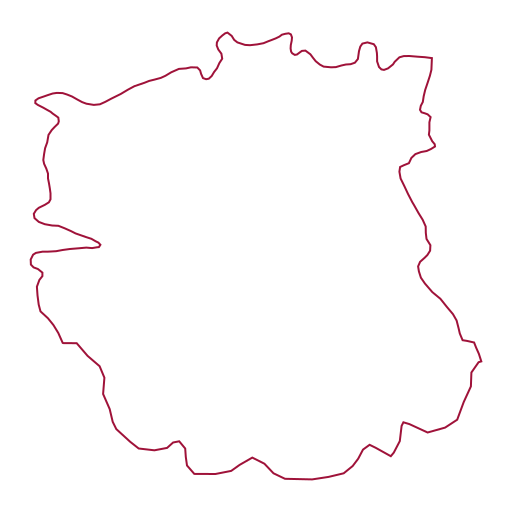 Kastsyukovichy, Mogilev, Belarus
{"feature_id": "67162791B14569635979911", "entity_name": "Kastsyukovichy", "entity_type": "district", "adm_level": 2, "iso_a3": "BLR", "parent_name": "Belarus", "parent_adm1": "Mogilev", "projection": "albers", "projection_center": [31.992, 53.27], "detail": "fine", "context": "isolated", "style": "outline", "palette": "rose", "viewbox_px": 512, "rotation_deg": 0, "n_neighbors": 0, "source": "geoboundaries", "source_scale": "gbopen_adm2", "svg_char_len": 3341}
<svg xmlns="http://www.w3.org/2000/svg" viewBox="0 0 512 512"><path d="M431.9,58.1L424.9,57.2L417.7,56.7L409.2,56.0L403.7,56.1L399.4,57.3L394.7,61.8L393.0,64.4L388.0,68.4L384.0,69.9L381.4,69.4L379.0,67.0L377.1,61.4L377.1,56.6L376.9,53.0L375.9,47.2L373.8,44.2L367.4,42.4L362.4,43.6L360.3,46.6L359.0,51.1L357.9,59.0L354.9,62.7L350.6,64.2L345.9,64.5L341.4,65.5L335.9,67.1L331.1,67.3L323.6,66.6L319.9,64.6L315.7,61.2L313.0,57.8L310.4,54.3L305.4,50.6L301.9,50.9L299.8,52.4L297.0,54.5L294.8,54.9L292.2,53.3L291.1,51.6L290.6,48.5L290.8,45.1L291.7,40.7L292.0,37.4L290.9,34.4L288.7,33.3L285.3,33.8L281.9,34.7L279.4,36.6L275.7,38.4L271.6,40.0L268.4,41.2L263.5,43.2L257.2,44.4L250.0,45.2L245.0,44.9L237.4,42.4L234.2,39.9L231.7,35.9L227.5,32.6L225.2,33.3L222.3,35.5L219.1,38.4L216.9,42.4L216.7,45.5L218.3,49.5L221.4,53.7L222.2,58.7L219.4,63.0L217.0,68.3L214.1,72.0L211.7,76.0L208.8,78.7L206.1,79.2L203.0,78.1L201.1,73.9L200.1,70.4L197.3,67.5L191.0,67.3L186.0,68.4L178.9,68.9L171.2,72.3L165.4,75.8L160.8,77.9L154.5,79.6L149.2,80.9L144.4,82.8L134.4,86.2L127.9,89.7L120.7,94.0L111.2,98.7L105.2,101.9L99.9,104.3L93.8,104.9L86.4,103.7L82.1,102.1L77.1,99.4L72.0,96.5L67.0,94.5L62.6,93.1L56.9,92.9L52.7,93.5L47.5,95.2L44.1,96.4L38.5,98.3L35.4,100.5L35.4,101.0L35.3,103.1L37.8,104.9L43.3,107.7L46.8,109.7L50.6,111.8L52.6,113.5L56.3,116.1L58.3,117.6L58.8,121.3L58.1,123.6L54.5,127.1L51.7,130.1L48.5,134.9L47.2,142.4L45.1,148.2L44.1,154.0L43.3,160.0L44.1,163.8L46.3,168.6L48.0,173.6L48.0,178.4L49.0,183.4L49.8,188.2L50.5,193.3L50.5,199.3L48.9,202.3L44.9,204.8L38.8,207.8L36.1,210.1L33.8,213.8L34.5,218.1L38.8,221.9L44.8,224.2L52.1,225.5L58.4,225.8L64.7,228.3L71.0,231.1L75.5,233.4L85.8,237.0L91.4,238.8L95.7,241.3L98.4,242.6L100.4,244.8L98.9,247.1L96.9,247.3L92.1,248.1L86.3,247.6L78.5,248.3L69.9,249.0L62.6,250.0L56.1,251.2L47.2,251.7L42.4,251.7L35.9,252.9L33.1,254.7L30.7,259.5L30.9,264.6L33.6,267.4L37.9,269.0L42.4,272.6L42.4,276.1L39.4,279.9L36.9,286.7L37.5,295.3L38.7,304.6L40.5,311.4L47.9,318.2L53.4,325.0L58.3,333.0L62.7,342.9L63.5,343.1L76.7,343.2L87.6,355.9L99.6,366.2L104.4,377.7L103.1,394.0L109.7,409.1L112.7,421.8L116.3,429.1L130.2,441.8L138.7,448.5L154.4,450.3L167.1,447.9L173.1,442.5L179.2,441.3L185.2,448.5L185.8,457.0L187.0,465.5L194.3,473.9L215.4,474.0L231.2,470.9L239.6,464.9L252.3,457.6L264.4,463.7L273.5,473.3L285.0,478.8L312.2,479.4L328.6,476.9L343.7,473.3L352.7,466.0L358.2,458.7L363.0,449.6L369.6,444.8L375.7,447.8L390.8,456.2L393.8,452.6L399.8,441.1L401.6,425.9L403.4,422.3L409.4,424.1L427.6,432.5L445.1,427.6L457.2,419.7L463.7,402.1L470.9,386.4L471.4,372.5L478.6,362.2L481.3,361.4L478.9,353.9L476.1,347.6L474.1,342.5L467.0,340.9L462.6,340.2L459.8,333.5L458.6,328.3L456.6,320.5L453.0,314.2L446.7,306.7L440.4,298.8L432.4,292.2L424.9,283.5L420.9,277.7L418.9,271.4L418.1,266.4L420.1,261.8L424.6,257.8L427.4,255.0L430.1,250.7L430.4,245.2L426.5,238.9L425.8,232.8L425.7,226.5L422.7,219.8L418.6,213.2L413.8,204.7L412.3,202.2L408.0,193.9L404.2,185.8L400.6,178.5L399.4,171.7L400.1,167.0L403.9,165.2L408.9,163.2L411.4,157.9L415.4,154.1L421.2,152.0L426.7,151.0L431.0,149.0L435.0,146.5L434.7,144.2L432.2,141.2L428.9,134.7L429.4,130.4L429.4,122.3L430.6,117.1L427.6,114.3L424.8,113.3L421.5,112.3L420.0,109.8L420.8,105.8L422.8,102.0L423.7,96.2L425.2,89.9L427.5,83.1L429.9,75.8L431.4,69.8L431.9,58.1Z" fill="none" stroke="#9f1239" stroke-width="2"/></svg>